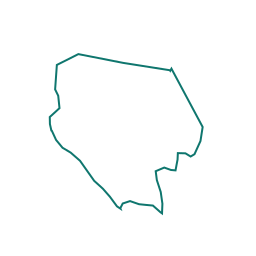 Götene, Västra Götaland, Sweden, rotated 59°
{"feature_id": "70781695B15977475092104", "entity_name": "Götene", "entity_type": "district", "adm_level": 2, "iso_a3": "SWE", "parent_name": "Sweden", "parent_adm1": "Västra Götaland", "projection": "natural_earth1", "projection_center": [13.545, 58.597], "detail": "fine", "context": "isolated", "style": "outline", "palette": "teal", "viewbox_px": 256, "rotation_deg": 59, "n_neighbors": 0, "source": "geoboundaries", "source_scale": "gbopen_adm2", "svg_char_len": 683}
<svg xmlns="http://www.w3.org/2000/svg" viewBox="0 0 256 256"><g transform="rotate(59 128 128)"><path d="M100.1,62.3L69.7,98.6L39.1,132.5L37.3,156.5L57.4,170.6L64.4,171.2L75.7,176.5L78.3,189.4L84.4,192.9L90.7,195.0L91.1,194.7L101.2,195.8L111.2,194.3L119.6,189.8L131.4,186.0L155.9,184.2L167.1,180.8L177.7,178.9L189.5,177.8L193.3,176.0L192.8,175.9L190.0,171.4L191.7,163.9L199.0,157.8L202.9,152.6L207.3,146.6L216.8,143.6L218.7,142.8L210.6,137.5L199.7,132.9L187.5,130.1L179.3,126.5L180.6,117.3L186.1,112.8L188.8,109.1L180.6,101.8L175.2,98.2L179.3,91.8L184.7,89.0L184.7,84.5L176.5,72.6L165.6,63.5L99.5,60.2L100.7,62.3L100.1,62.3Z" fill="none" stroke="#0f766e" stroke-width="2"/></g></svg>